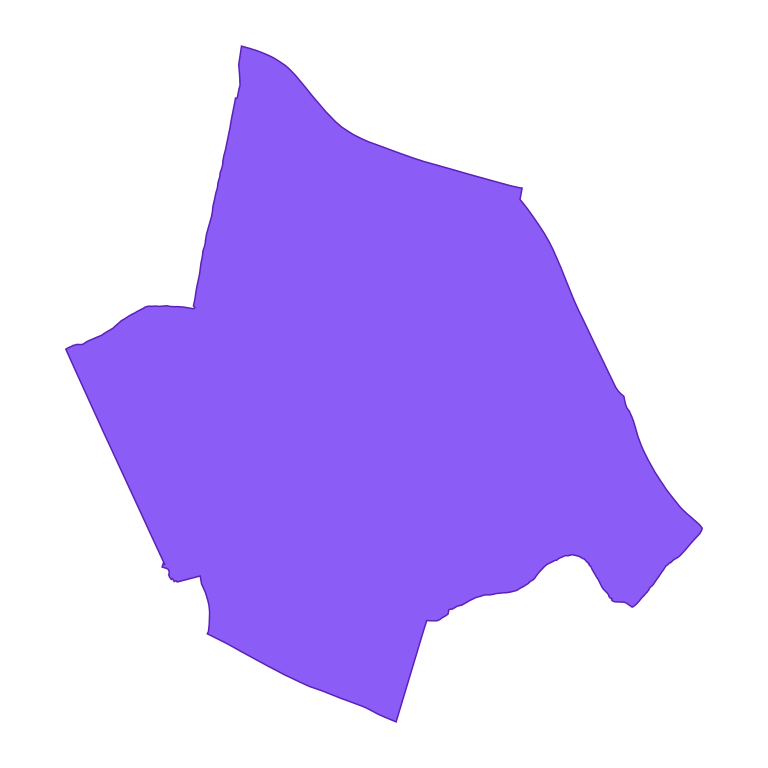 Ridderkerk, Zuid-Holland, Netherlands (Mercator projection)
{"feature_id": "6326949B39885659385056", "entity_name": "Ridderkerk", "entity_type": "district", "adm_level": 2, "iso_a3": "NLD", "parent_name": "Netherlands", "parent_adm1": "Zuid-Holland", "projection": "mercator", "projection_center": [4.592, 51.871], "detail": "fine", "context": "isolated", "style": "filled", "palette": "violet", "viewbox_px": 768, "rotation_deg": 0, "n_neighbors": 0, "source": "geoboundaries", "source_scale": "gbopen_adm2", "svg_char_len": 5971}
<svg xmlns="http://www.w3.org/2000/svg" viewBox="0 0 768 768"><path d="M566.4,281.4L560.7,267.1L556.9,258.4L553.1,249.7L548.9,241.4L544.1,233.1L538.7,224.8L533.4,217.1L527.6,209.0L522.4,202.3L520.0,199.5L522.1,188.1L518.8,187.6L516.2,187.0L512.4,186.2L507.4,184.9L467.6,173.9L447.8,168.2L423.2,161.3L413.4,158.1L398.8,152.9L368.3,141.7L361.2,138.5L353.7,134.8L347.5,130.9L341.6,127.0L335.4,121.6L325.8,111.7L311.9,95.4L305.9,87.9L300.6,81.5L295.4,75.3L290.9,70.6L287.7,67.5L284.9,65.2L281.5,62.9L277.6,60.3L274.0,58.1L271.0,56.5L266.8,54.6L261.7,52.5L257.0,50.7L250.3,48.6L241.5,46.1L238.7,64.8L239.4,72.7L239.9,80.3L240.0,80.4L240.0,80.6L239.8,80.8L240.0,83.4L240.0,83.9L240.0,84.1L239.9,85.8L239.7,86.5L239.3,88.2L239.1,88.3L239.0,88.9L239.0,89.1L237.7,95.5L237.4,96.9L237.1,97.9L236.7,98.4L235.5,98.1L234.6,103.3L233.7,107.6L232.4,114.2L230.8,122.6L230.2,126.7L228.7,134.0L226.4,145.2L225.9,147.4L225.8,148.3L224.9,151.9L224.1,154.8L223.7,156.5L222.8,161.6L222.8,162.6L222.7,163.8L222.5,165.4L222.1,167.0L221.8,168.2L220.4,172.1L220.1,173.1L219.9,175.5L219.7,177.2L219.3,178.3L218.7,180.2L218.3,181.4L218.1,182.6L217.8,184.2L217.7,185.4L217.5,187.0L217.0,189.3L216.1,192.1L215.0,197.1L214.4,200.1L214.1,201.1L213.4,204.1L213.4,204.4L213.2,205.1L212.8,207.5L212.5,210.8L212.2,212.8L212.0,213.9L211.4,217.1L211.1,218.1L210.2,221.2L208.3,227.8L207.1,232.2L206.8,233.0L206.4,234.9L205.7,239.1L205.5,240.4L205.4,240.5L205.4,241.7L205.2,243.3L205.0,244.5L204.9,244.9L204.2,247.3L203.4,249.5L203.3,249.8L203.1,250.4L202.9,251.5L202.5,255.4L202.4,256.2L201.8,259.3L201.2,262.0L200.9,263.6L200.0,270.9L199.6,273.6L199.2,275.9L197.7,282.6L196.5,288.5L195.6,294.1L194.9,299.2L193.6,305.0L193.4,305.9L194.9,307.4L194.7,307.7L194.2,308.2L193.3,308.7L183.8,307.1L177.7,306.6L175.6,306.7L170.9,306.5L170.0,306.4L169.6,306.4L169.2,306.3L167.9,305.9L167.0,305.8L164.6,305.9L161.1,306.3L160.2,306.3L159.2,306.4L157.4,306.2L155.3,306.1L153.8,306.1L152.5,306.3L149.4,306.2L147.8,306.3L145.8,306.9L145.0,307.2L144.6,307.3L144.0,307.9L143.2,308.4L141.4,309.3L140.1,309.9L139.0,310.6L137.6,311.2L134.3,313.2L133.4,313.6L133.1,313.7L132.5,314.0L129.6,315.6L128.0,316.6L127.0,317.3L124.2,319.1L123.3,319.6L121.5,320.6L120.9,321.1L118.1,323.6L116.0,325.4L114.6,326.6L113.3,328.0L110.7,329.6L106.8,331.8L103.3,334.0L102.2,334.9L101.8,335.2L100.3,335.8L98.0,336.8L97.5,336.9L92.6,339.1L92.0,339.3L90.5,340.0L88.9,340.6L87.1,341.5L85.0,342.8L84.2,343.5L83.8,343.8L83.2,344.0L82.4,344.3L81.2,344.5L80.3,344.6L79.1,344.5L77.7,344.4L77.0,344.4L76.8,344.4L75.8,344.8L75.3,345.0L73.9,345.2L72.9,345.5L71.2,346.5L69.2,347.3L68.5,347.6L65.8,349.2L72.1,363.1L77.7,375.5L83.3,387.8L103.2,431.5L105.5,436.5L110.5,447.2L118.0,463.5L138.5,507.8L151.0,534.9L164.5,564.0L163.2,563.5L162.1,567.0L167.6,568.8L167.8,569.0L168.5,570.0L169.0,571.1L169.1,571.3L169.2,571.9L169.2,572.5L169.0,573.6L168.9,574.6L168.7,574.9L169.6,577.1L171.2,579.4L172.5,578.6L174.2,581.6L175.9,580.7L176.7,581.3L177.2,582.0L200.2,576.0L201.3,582.5L201.5,583.8L205.6,593.0L207.9,600.7L208.1,601.6L208.9,605.1L209.4,609.6L209.6,612.6L209.2,624.5L208.4,631.6L208.3,631.8L207.3,633.8L227.1,643.7L242.3,652.2L268.1,666.2L285.3,675.2L300.1,682.2L309.5,686.5L321.7,690.7L341.3,698.5L360.6,705.6L363.4,706.7L365.7,707.7L368.5,709.1L372.7,711.3L377.5,713.9L378.8,714.5L384.8,717.2L396.1,721.9L398.8,712.9L408.1,682.0L419.9,642.8L423.0,632.5L424.5,627.6L426.8,620.5L430.6,620.8L434.3,620.8L436.2,620.8L437.2,620.7L437.9,620.4L440.0,619.4L442.1,617.8L445.5,615.9L446.5,615.2L447.8,614.3L448.0,614.1L448.9,609.7L450.6,609.1L452.4,609.1L456.1,606.9L457.4,606.1L461.7,605.2L461.8,604.9L462.3,604.8L466.5,602.5L468.7,601.1L469.6,600.6L476.2,597.4L481.6,596.0L483.4,595.2L486.9,594.8L489.9,594.9L494.1,594.1L495.9,593.6L503.6,592.8L506.4,592.7L510.3,592.1L516.5,590.5L521.9,587.2L522.4,587.2L528.4,583.4L528.8,582.8L529.3,582.5L529.3,582.2L531.3,580.8L533.1,579.8L533.2,579.6L534.5,578.6L534.6,578.2L535.2,577.6L535.3,577.2L538.5,572.9L544.2,566.8L547.1,564.3L547.5,564.3L548.2,563.7L551.6,562.2L554.2,560.8L555.6,560.2L556.7,560.2L557.4,559.8L557.7,559.3L559.9,557.9L561.9,557.2L563.7,556.2L565.7,555.6L568.2,555.8L568.8,555.6L568.9,555.4L570.6,555.1L572.4,554.7L573.5,555.0L575.7,555.5L578.5,556.2L579.2,556.4L583.3,558.8L584.1,558.9L584.4,559.1L587.2,562.2L588.3,563.2L589.2,563.7L588.9,564.5L589.7,565.7L590.7,566.2L592.4,570.0L592.5,570.1L597.1,578.0L598.0,579.1L601.9,587.0L603.5,589.3L607.0,592.9L607.3,593.1L608.9,595.4L608.7,595.9L609.7,597.6L610.1,597.9L612.1,598.9L611.6,599.6L611.7,599.9L612.1,600.6L613.5,601.4L615.2,601.8L618.1,602.0L620.0,602.0L624.0,602.2L625.0,602.5L626.6,603.2L628.4,604.6L628.8,604.8L632.1,607.1L633.3,606.6L633.8,606.3L636.3,604.2L638.4,602.0L642.8,596.6L643.4,596.3L644.1,595.6L645.1,594.2L646.3,592.9L647.4,591.9L647.6,591.5L647.9,590.9L648.6,590.3L648.9,589.8L648.9,589.4L649.7,588.0L649.8,587.9L650.2,587.3L652.5,585.4L653.3,584.5L656.9,579.1L659.5,575.6L659.9,574.8L661.3,572.9L661.6,572.0L662.5,571.2L663.3,570.0L663.8,569.4L664.6,567.9L665.4,566.7L665.6,566.3L667.6,564.8L669.4,563.0L670.4,562.5L670.7,562.3L670.8,562.5L673.8,559.7L678.2,557.2L680.8,554.9L684.2,551.2L686.0,549.2L690.4,543.9L694.7,539.1L699.8,533.6L700.8,531.9L701.3,531.0L702.2,528.7L702.0,528.2L702.0,527.7L701.5,527.1L700.8,526.3L699.9,525.1L699.4,524.6L698.1,523.4L693.2,519.1L688.6,515.1L687.3,514.0L686.5,513.3L681.6,508.6L680.6,507.5L679.1,505.8L675.9,501.7L674.8,500.4L673.5,498.7L673.1,498.3L670.8,495.3L669.2,493.3L666.2,489.3L664.4,486.6L663.0,484.3L661.2,481.8L654.9,472.1L653.5,469.5L648.6,460.8L648.3,460.2L644.7,453.0L642.5,448.4L641.0,444.7L639.5,440.7L638.4,437.7L637.3,434.4L636.8,432.5L634.3,423.8L633.4,420.9L632.0,417.2L630.4,413.6L630.2,413.2L629.3,411.2L628.7,410.3L627.9,409.3L626.9,407.9L626.2,406.1L625.3,403.4L623.9,396.4L620.6,393.5L618.6,391.5L617.2,389.6L615.6,387.1L599.6,353.9L596.7,348.1L582.3,317.9L578.8,310.8L574.9,302.2L573.2,298.2L566.4,281.4Z" fill="#8b5cf6" stroke="#5b21b6" stroke-width="1.5"/></svg>